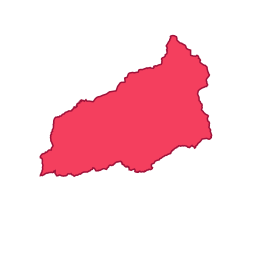 Na Muen, Nan, Thailand (Albers equal-area conic projection), rotated 147°
{"feature_id": "78962969B50477560257037", "entity_name": "Na Muen", "entity_type": "district", "adm_level": 2, "iso_a3": "THA", "parent_name": "Thailand", "parent_adm1": "Nan", "projection": "albers", "projection_center": [100.638, 18.137], "detail": "fine", "context": "isolated", "style": "filled", "palette": "rose", "viewbox_px": 256, "rotation_deg": 147, "n_neighbors": 0, "source": "geoboundaries", "source_scale": "gbopen_adm2", "svg_char_len": 5836}
<svg xmlns="http://www.w3.org/2000/svg" viewBox="0 0 256 256"><g transform="rotate(147 128 128)"><path d="M227.4,135.8L226.4,135.5L225.6,134.7L224.1,134.8L223.4,134.5L222.5,134.8L222.0,134.6L221.0,134.6L219.7,133.8L219.1,133.9L217.4,133.0L216.5,132.7L215.8,131.8L214.4,131.4L214.1,131.5L213.9,132.1L212.3,131.9L213.9,129.6L213.7,128.3L213.9,127.0L213.7,126.6L212.1,126.0L211.3,126.1L210.3,125.1L209.8,124.2L208.1,122.7L207.7,122.7L207.0,122.2L206.6,122.2L206.2,121.8L205.0,121.6L203.7,122.2L203.2,122.2L201.5,120.9L200.6,120.8L200.6,119.5L199.7,118.2L199.4,116.9L197.1,116.7L196.4,116.1L195.7,115.9L193.9,115.9L193.0,115.2L190.5,115.4L189.0,115.1L185.8,113.1L184.7,113.2L183.0,112.8L182.0,113.2L180.3,112.7L179.6,113.6L179.0,113.7L178.7,113.0L178.2,112.6L178.1,110.5L178.4,109.9L177.4,108.9L176.5,108.7L176.2,108.3L175.4,108.4L174.8,107.8L171.0,107.4L170.0,106.8L168.7,105.1L167.7,105.3L167.0,105.9L165.6,105.9L165.1,106.4L163.9,106.8L162.9,106.4L162.8,106.0L162.3,105.6L161.7,105.3L161.1,105.4L160.6,105.0L159.7,105.4L158.8,105.3L158.5,105.6L156.2,105.7L155.3,105.4L155.2,105.1L154.4,105.0L154.3,104.8L153.5,104.6L152.6,104.0L152.4,104.1L152.0,103.6L151.9,102.6L152.1,102.4L152.3,102.3L152.3,102.1L152.0,101.5L152.2,101.2L152.5,101.0L152.6,100.6L151.9,99.9L151.7,99.8L151.7,99.6L151.5,99.4L151.7,98.6L151.2,96.9L150.9,96.8L151.0,96.6L150.4,96.1L149.7,95.9L149.5,96.2L149.1,95.9L149.1,95.1L148.8,95.1L148.6,94.8L149.1,93.5L149.7,92.4L149.2,92.2L149.1,91.7L148.3,90.8L146.7,90.6L144.9,90.0L145.1,88.7L145.9,87.8L145.7,87.2L144.9,86.5L144.5,85.9L143.7,85.5L143.2,85.8L142.8,85.6L142.8,85.3L141.8,85.4L141.5,85.2L141.2,84.2L140.2,83.6L139.4,83.5L138.5,82.4L137.6,82.8L137.3,82.7L137.0,82.2L135.2,82.4L134.1,81.9L133.6,82.0L133.4,81.8L133.0,81.9L132.5,81.6L131.9,80.9L131.0,80.7L129.8,80.8L129.0,81.5L129.6,82.4L128.4,84.5L127.1,84.8L125.9,84.4L125.1,84.4L123.5,85.4L121.5,85.1L119.0,84.3L118.0,85.0L116.6,84.6L114.6,84.9L113.4,84.6L112.2,84.9L110.4,84.1L108.5,84.2L108.2,83.9L106.9,83.8L106.6,83.5L106.2,83.7L105.8,83.6L105.4,84.2L104.5,84.4L103.9,85.0L103.1,84.8L102.6,85.1L101.9,85.1L101.6,84.9L100.4,85.4L98.7,85.3L97.9,85.0L97.4,85.4L96.4,85.1L95.2,85.5L94.3,84.8L93.9,84.2L93.1,84.1L92.6,83.6L91.6,83.4L91.3,82.8L90.1,82.3L88.6,80.7L88.3,79.3L87.8,79.1L87.3,78.2L86.8,78.1L86.2,78.3L83.8,78.5L83.7,77.5L82.7,75.8L83.1,75.2L83.0,74.8L81.9,75.0L80.9,76.0L78.8,76.2L78.1,76.9L74.7,77.3L71.8,78.4L67.6,76.4L66.6,74.9L65.6,74.2L63.4,74.6L63.0,75.1L63.1,75.6L62.2,76.0L61.8,76.5L60.7,80.7L59.9,81.2L59.8,81.5L59.8,84.5L58.6,85.6L57.9,86.9L57.3,87.3L56.9,88.0L56.8,89.5L57.3,90.6L56.1,93.0L54.1,94.3L54.2,95.3L55.6,97.6L55.6,98.3L56.1,99.7L56.0,100.9L56.5,102.9L56.3,103.4L54.7,104.7L54.2,106.0L53.5,106.6L53.0,107.8L53.5,109.0L53.1,110.9L53.4,112.3L51.7,115.2L51.2,118.6L48.8,120.9L46.9,121.3L43.9,121.2L41.7,120.7L40.6,120.7L39.4,120.0L38.6,120.6L37.8,120.7L37.5,121.4L37.6,122.7L36.8,123.6L36.7,124.7L35.9,126.0L35.0,126.5L31.6,127.6L30.8,128.2L30.8,129.8L30.5,130.5L30.3,132.0L29.4,134.5L28.6,136.0L29.1,138.4L29.8,139.0L30.7,140.6L31.3,142.4L31.6,142.8L31.8,143.8L31.4,144.7L30.7,145.0L30.7,145.6L30.3,145.7L30.3,147.1L30.9,148.1L30.2,148.6L30.0,150.2L30.6,151.4L32.3,151.3L32.8,151.9L33.7,152.4L35.8,154.7L35.7,155.2L33.1,159.2L34.8,161.2L35.5,162.6L35.5,163.9L35.0,165.1L35.2,166.8L35.8,167.4L36.1,168.3L36.7,169.0L36.7,169.6L38.2,171.2L38.6,173.1L39.0,174.3L39.0,175.4L38.2,176.5L37.7,178.1L38.9,180.1L39.8,180.9L40.6,181.4L42.3,181.8L42.8,181.5L43.0,180.4L44.6,179.6L45.4,178.7L47.1,178.1L49.6,176.7L50.9,176.3L51.4,175.4L51.1,174.4L51.7,173.9L51.9,173.1L53.1,172.5L53.2,172.2L53.0,171.5L53.7,171.0L53.7,170.4L55.0,169.2L57.1,169.0L57.3,168.3L58.2,167.8L59.4,167.8L60.9,168.1L61.9,167.9L62.4,167.4L62.6,166.2L63.6,165.1L63.9,164.5L64.7,163.7L65.5,163.3L68.1,164.2L70.3,164.4L71.1,165.2L72.6,165.6L73.0,165.4L73.2,164.6L74.3,164.3L76.2,165.8L76.5,166.7L77.4,166.8L78.4,167.4L79.0,167.3L79.4,168.1L84.0,169.1L86.0,170.4L86.9,170.7L87.5,170.6L88.8,169.4L89.3,169.4L90.6,170.1L92.7,170.9L93.9,172.1L96.9,173.3L97.9,173.2L98.6,172.9L100.9,171.1L101.5,171.1L102.9,171.6L103.6,171.6L105.1,168.5L105.4,168.2L106.1,168.3L108.7,169.9L109.9,170.1L114.0,168.5L117.2,166.0L117.9,165.7L123.9,168.4L127.6,168.2L131.4,169.2L134.2,169.6L135.8,170.3L137.2,170.6L139.3,170.4L142.2,169.2L143.0,169.1L145.9,171.7L147.6,172.7L147.9,173.2L147.9,174.6L150.0,174.2L150.8,175.9L152.1,175.9L152.2,176.2L152.0,176.8L152.5,176.8L152.7,177.0L153.0,177.0L153.0,176.6L153.2,176.3L153.0,176.0L153.1,175.8L154.8,176.4L155.0,176.3L155.0,175.5L155.7,175.7L156.2,175.6L156.8,176.0L157.0,175.8L157.7,175.9L158.4,175.2L158.8,175.0L158.7,174.7L159.0,174.6L158.8,174.2L159.0,173.9L159.5,174.0L159.6,173.8L160.1,173.9L160.6,173.7L160.7,174.0L161.1,174.0L161.2,174.6L161.4,174.8L161.7,174.5L161.8,174.6L161.9,174.2L162.6,174.4L162.9,174.1L163.1,174.2L163.3,173.9L164.3,173.8L164.6,173.6L165.3,173.7L165.8,173.2L167.2,173.7L168.3,174.6L169.0,174.4L169.4,174.7L170.5,174.7L171.1,175.0L171.8,175.0L172.1,175.2L174.1,174.6L174.6,174.9L175.8,175.1L177.3,174.5L178.4,174.9L178.7,175.2L180.0,174.8L180.7,175.6L181.7,175.7L182.7,176.4L183.4,176.3L184.5,175.9L186.1,174.7L187.3,173.2L187.4,172.6L188.7,171.7L188.8,171.0L189.3,170.6L189.6,170.0L190.7,168.5L192.7,167.5L193.2,166.2L194.2,166.2L194.9,165.9L195.7,164.3L196.5,164.3L197.0,163.9L197.5,162.8L198.1,162.3L199.2,159.9L199.7,159.3L199.8,157.2L200.1,156.6L200.0,155.9L200.4,155.1L200.3,154.3L200.5,154.0L201.5,153.4L203.1,152.8L203.9,152.2L204.1,151.5L204.5,151.3L206.1,152.5L206.8,152.6L209.5,151.9L210.4,152.7L211.3,152.1L212.3,152.2L213.2,152.8L213.8,152.6L214.5,152.9L217.0,151.9L217.7,150.7L216.9,149.8L216.9,148.6L217.7,147.0L219.2,145.1L219.2,144.4L219.7,143.0L221.2,141.5L221.9,140.0L223.6,138.7L223.8,138.2L225.7,137.2L225.9,136.7L226.9,136.4L227.4,135.8Z" fill="#f43f5e" stroke="#9f1239" stroke-width="1.5"/></g></svg>